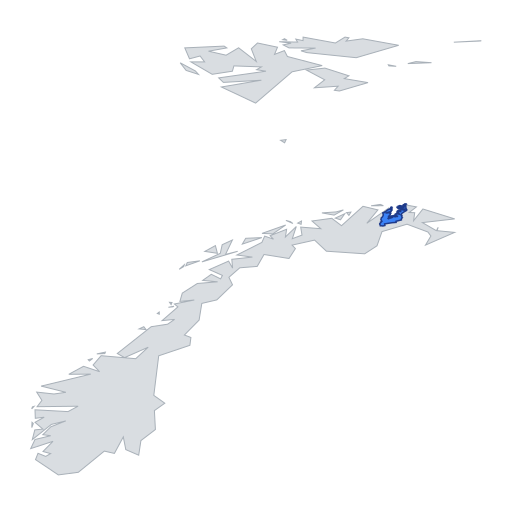 Lebesby nor, Finnmark, Norway shown in context
{"feature_id": "86288312B28845238871652", "entity_name": "Lebesby nor", "entity_type": "district", "adm_level": 2, "iso_a3": "NOR", "parent_name": "Norway", "parent_adm1": "Finnmark", "projection": "robinson", "projection_center": [27.103, 70.553], "detail": "fine", "context": "in_parent", "style": "filled", "palette": "blue", "viewbox_px": 512, "rotation_deg": 0, "n_neighbors": 0, "source": "geoboundaries", "source_scale": "gbopen_adm2", "svg_char_len": 8523}
<svg xmlns="http://www.w3.org/2000/svg" viewBox="0 0 512 512"><path d="M314.6,240.1L292.1,245.1L295.4,248.6L289.0,258.5L264.0,254.5L257.2,266.4L239.8,267.8L228.9,277.3L232.5,284.8L216.8,299.9L201.8,303.4L199.1,320.1L184.4,335.0L190.9,337.5L189.9,345.3L158.7,355.8L153.8,395.4L164.8,403.2L154.4,410.6L155.4,429.5L140.9,440.6L138.7,455.2L125.8,449.6L123.3,436.9L114.4,453.4L104.3,451.1L78.3,472.3L58.3,474.9L35.5,459.6L38.0,453.3L45.7,456.4L50.6,453.6L43.0,451.5L53.0,441.3L30.7,448.6L35.0,439.5L50.7,435.7L42.8,434.7L50.8,426.8L65.8,420.9L51.4,424.4L32.3,439.6L34.8,429.9L42.9,429.1L35.0,422.3L44.2,417.2L35.3,418.3L35.0,409.8L68.0,411.6L78.1,406.2L37.1,406.7L41.9,400.4L36.7,392.1L54.0,394.0L65.9,392.3L41.1,386.1L90.8,374.1L68.8,374.3L83.5,366.3L99.6,371.7L93.1,365.0L101.1,355.7L135.7,358.7L148.2,347.2L124.6,357.6L117.3,353.5L151.2,326.7L167.6,324.2L174.6,319.4L162.1,320.6L177.9,306.9L174.4,304.0L194.3,300.0L179.9,301.4L182.3,293.1L197.3,283.5L217.6,281.8L202.7,280.4L211.3,274.3L220.6,278.9L222.4,275.4L209.3,269.6L228.6,261.1L232.6,268.1L231.8,259.3L252.4,257.1L236.9,255.0L261.9,242.4L264.7,236.1L273.5,239.2L270.1,235.7L286.6,229.3L285.4,237.0L296.3,226.5L292.3,238.7L302.0,235.1L300.7,227.1L320.8,228.7L312.0,221.0L331.8,218.3L341.5,225.7L363.0,206.3L377.9,209.9L366.8,223.3L388.6,208.1L389.7,217.6L395.7,215.7L404.7,204.7L416.4,206.9L409.2,212.5L414.7,212.7L413.6,220.7L422.9,209.0L454.7,218.9L422.4,222.6L436.2,230.6L454.6,232.4L425.5,245.1L430.9,236.0L427.9,232.0L407.0,224.2L382.0,231.6L377.0,245.8L364.7,253.8L326.4,251.2L314.6,240.1ZM257.5,43.0L277.5,47.2L274.5,54.4L284.4,50.6L287.4,56.5L322.2,65.6L292.1,71.8L255.6,103.1L221.4,87.0L261.4,80.2L223.4,82.4L218.7,77.9L266.0,71.2L256.6,69.7L261.4,66.9L233.9,65.9L232.4,71.2L212.2,74.3L190.9,61.9L204.6,61.9L200.1,56.0L189.5,58.8L184.8,47.9L224.1,46.1L226.8,47.9L208.5,51.2L226.1,55.2L238.6,47.8L256.3,61.5L251.3,48.8L257.5,43.0ZM303.1,37.1L335.4,43.0L345.0,37.1L348.9,37.8L346.1,41.1L362.8,38.8L398.7,45.3L356.2,57.7L306.7,52.6L301.0,50.8L315.6,48.1L289.0,47.9L283.2,44.9L291.1,43.2L279.2,41.7L297.6,42.1L295.8,39.1L303.0,40.6L303.1,37.1ZM324.9,68.1L348.9,75.8L344.3,78.6L368.0,82.6L339.4,91.0L334.4,90.3L338.1,86.2L314.4,87.8L324.7,79.8L306.5,70.1L324.9,68.1ZM225.5,254.4L237.7,251.3L201.9,261.9L220.3,253.3L222.2,244.7L232.4,240.0L225.5,254.4ZM245.7,238.3L261.9,237.6L242.3,244.1L245.7,238.3ZM262.0,233.4L285.7,225.0L272.8,233.9L262.0,233.4ZM180.2,62.8L195.3,70.9L198.5,74.4L186.1,70.4L180.2,62.8ZM215.4,245.6L217.4,253.3L204.8,251.4L215.4,245.6ZM343.4,209.9L334.1,215.1L321.9,212.9L336.2,211.9L343.4,209.9ZM344.8,213.7L340.5,219.8L335.3,218.1L344.8,213.7ZM187.3,262.5L199.9,260.8L185.8,265.8L187.3,262.5ZM480.4,41.0L453.8,42.2L481.3,40.7L480.4,41.0ZM415.9,61.6L431.5,62.7L407.8,63.6L415.9,61.6ZM371.1,205.8L380.4,204.4L383.4,205.7L371.1,205.8ZM350.9,212.1L348.9,215.4L346.6,212.6L350.9,212.1ZM301.5,221.0L301.1,224.3L297.7,223.1L301.5,221.0ZM286.1,139.6L284.6,142.8L280.6,140.3L286.1,139.6ZM396.2,66.3L388.9,65.9L388.3,64.8L396.2,66.3ZM143.8,326.7L146.0,329.6L139.1,328.9L143.8,326.7ZM285.9,220.4L290.4,221.6L292.9,223.5L285.9,220.4ZM284.5,38.7L287.2,40.3L282.7,39.7L284.5,38.7ZM104.8,353.6L96.8,353.9L105.4,352.1L104.8,353.6ZM92.7,358.5L89.4,361.0L88.2,359.7L92.7,358.5ZM183.7,266.6L179.2,269.3L184.3,264.7L183.7,266.6ZM33.3,423.5L31.8,427.6L32.0,422.3L33.3,423.5ZM171.1,304.6L169.5,302.3L172.0,302.5L171.1,304.6ZM438.2,227.3L437.2,230.1L436.9,229.6L438.2,227.3ZM173.0,306.8L168.4,307.3L174.0,306.2L173.0,306.8ZM159.2,312.0L159.3,314.2L157.3,313.5L159.2,312.0ZM34.0,406.4L31.7,408.9L32.4,406.9L34.0,406.4Z" fill="#d9dde1" stroke="#a8b0b8" stroke-width="1"/><path d="M402.2,217.8L402.0,217.7L401.9,216.6L401.9,216.4L401.7,216.2L401.8,216.0L401.7,215.8L401.7,215.7L401.2,215.3L401.2,215.1L401.1,214.8L401.3,214.8L401.2,214.7L401.3,214.3L401.7,213.5L404.0,211.9L406.6,210.4L406.8,209.7L406.4,209.0L405.9,208.4L405.9,206.7L405.4,205.9L405.1,205.6L405.4,205.2L406.1,204.8L405.9,204.7L405.8,204.3L405.4,204.0L405.5,203.9L405.3,203.9L405.3,204.0L405.2,204.0L405.4,204.4L405.4,204.5L405.1,204.6L404.8,204.4L404.4,204.4L404.0,204.5L403.9,204.6L403.3,204.8L403.2,205.0L403.3,205.1L403.1,205.2L403.1,205.3L403.2,205.6L403.3,205.6L403.2,205.6L404.1,205.9L404.4,206.2L404.1,206.4L404.2,206.5L404.0,207.0L404.0,207.3L403.6,207.2L403.4,207.0L403.3,206.6L403.5,206.3L403.4,206.2L402.9,206.2L402.2,206.0L401.8,206.1L401.4,206.1L401.5,206.0L401.4,205.9L400.6,205.7L400.4,205.8L400.3,205.7L400.0,205.6L399.7,205.6L399.5,205.8L399.3,205.8L399.0,205.9L399.1,206.0L398.8,206.1L399.2,206.3L399.8,206.4L400.4,206.8L400.5,207.0L400.4,207.1L400.6,207.3L401.1,207.4L400.9,207.5L400.8,207.4L400.5,207.5L400.3,207.4L398.8,206.8L398.1,206.8L398.1,207.0L397.9,207.0L397.8,207.3L397.7,207.3L397.8,207.4L397.7,207.5L397.8,207.6L397.4,207.7L397.6,207.9L397.6,208.0L398.2,208.1L398.3,208.2L398.6,208.3L399.2,208.4L399.3,208.4L399.2,208.4L399.4,208.2L399.6,208.4L400.3,208.4L400.6,208.5L401.1,208.4L401.7,208.1L401.9,207.9L402.1,207.8L401.9,208.0L402.2,208.1L401.4,208.7L402.2,208.6L402.4,208.6L402.5,208.6L402.9,208.6L403.0,208.6L402.7,208.7L402.7,208.8L403.7,209.0L403.3,209.2L403.4,209.3L402.6,209.4L402.8,209.4L402.6,209.4L403.0,209.7L403.9,209.9L404.5,209.9L406.5,210.2L403.7,210.0L403.4,210.1L403.1,209.9L402.6,209.9L401.5,209.6L400.2,209.6L400.1,209.9L400.0,210.0L400.3,210.2L400.3,210.3L400.0,210.4L400.0,210.6L400.0,210.8L399.9,210.9L401.2,211.1L400.8,211.1L400.7,211.2L400.8,211.2L400.8,211.4L400.7,211.5L400.3,211.6L400.2,211.4L399.7,211.1L397.9,211.2L397.5,211.1L397.5,211.3L397.3,211.6L397.2,211.8L396.9,212.0L397.1,212.2L397.7,212.2L398.3,212.4L398.2,212.5L397.5,212.4L397.1,212.4L397.8,212.5L398.3,212.8L397.7,212.6L397.4,212.8L397.1,212.8L397.1,213.2L397.6,213.4L398.0,213.4L398.4,213.6L398.6,213.7L399.4,213.9L399.6,214.2L400.0,214.2L399.6,214.3L399.1,214.1L397.4,213.9L397.0,213.7L396.7,213.8L397.0,213.7L396.6,213.6L396.3,213.7L396.5,213.8L396.4,213.9L396.0,213.9L395.6,214.1L395.4,214.2L395.3,214.3L395.2,214.5L396.0,214.6L396.0,214.8L395.2,215.0L395.8,215.5L395.7,215.6L395.8,215.7L396.3,215.8L396.2,215.9L396.5,216.1L397.4,216.3L397.3,216.5L397.0,216.5L397.1,216.4L396.4,216.2L395.4,216.6L395.5,216.6L395.3,216.8L394.7,216.7L395.0,216.4L395.1,216.2L394.8,216.2L394.8,216.3L394.1,216.3L393.5,216.3L393.5,216.2L393.2,216.0L393.0,216.3L392.7,216.3L392.5,216.2L392.1,216.1L392.2,216.3L392.3,216.4L392.2,216.5L392.6,216.5L392.3,216.6L392.3,216.9L392.4,217.1L392.1,217.2L391.9,217.1L392.0,217.4L391.9,217.4L391.7,217.5L391.3,217.6L391.2,217.5L391.3,217.4L391.2,217.4L390.9,217.5L390.4,217.2L390.2,217.3L390.3,217.4L390.2,217.4L389.9,217.6L390.0,217.6L389.8,217.7L389.7,217.8L390.0,217.8L390.3,217.9L390.2,218.0L390.4,218.1L390.1,218.2L389.7,218.1L389.1,218.2L388.8,218.4L388.8,218.6L388.7,218.8L388.2,218.6L388.1,218.4L388.5,218.2L388.4,218.2L388.5,218.0L389.0,217.9L388.8,217.7L388.7,217.7L388.7,217.4L388.8,217.2L388.7,217.1L388.9,216.9L389.5,216.6L389.4,216.6L389.5,216.5L389.5,216.4L389.8,216.3L389.2,216.1L389.4,216.0L389.2,215.8L389.2,215.7L389.3,215.5L390.0,215.1L390.2,214.9L390.1,214.7L390.3,214.0L390.3,213.9L390.3,213.7L390.2,213.6L390.4,213.5L390.6,213.1L389.8,212.8L390.0,212.7L390.3,212.7L390.4,212.4L389.9,212.6L389.4,212.6L389.7,212.7L389.9,212.9L388.7,212.7L387.5,212.9L387.3,212.9L387.2,212.8L386.6,213.0L386.3,213.0L386.3,212.9L387.2,212.7L387.7,212.4L388.7,212.2L389.3,211.9L390.3,211.7L390.8,211.5L390.8,211.4L391.2,211.2L391.2,210.9L391.1,210.6L391.3,210.4L391.7,210.2L391.7,209.8L392.0,209.8L391.9,209.4L390.9,209.7L391.0,209.6L390.9,209.5L390.9,209.4L391.0,209.3L391.0,209.2L390.8,209.2L391.2,208.9L391.4,208.7L391.7,208.6L391.7,208.4L391.9,208.2L391.5,208.0L391.8,207.8L391.8,207.7L391.6,207.4L391.4,207.2L391.6,207.1L391.4,207.0L391.2,207.0L389.8,208.9L387.6,209.9L385.4,211.7L384.5,212.0L384.5,212.5L382.8,212.9L383.3,215.1L382.5,216.8L381.2,218.0L381.1,219.2L380.9,219.6L381.2,220.2L381.9,221.3L381.2,221.7L380.6,222.1L380.9,222.5L379.7,223.7L379.7,224.2L380.2,224.9L380.2,225.4L380.3,225.8L381.8,225.8L382.8,226.0L384.9,225.5L384.6,223.9L392.1,222.7L396.1,222.4L396.0,221.3L401.4,219.9L401.4,219.1L401.5,218.8L401.6,218.4L402.2,217.8ZM398.8,210.1L398.4,210.3L398.2,210.5L398.8,210.7L399.0,210.4L399.0,210.2L398.8,210.1ZM390.4,217.0L390.1,216.9L389.7,217.0L389.4,217.1L389.2,217.3L389.2,217.5L389.8,217.4L389.7,217.4L389.8,217.2L390.4,217.0ZM394.3,215.7L394.2,215.5L393.9,215.6L393.6,215.8L394.3,215.7ZM392.2,215.8L391.9,215.8L392.0,215.8L392.3,215.9L392.5,216.1L392.7,215.9L392.2,215.8Z" fill="#3b82f6" stroke="#1e3a8a" stroke-width="1.5"/></svg>